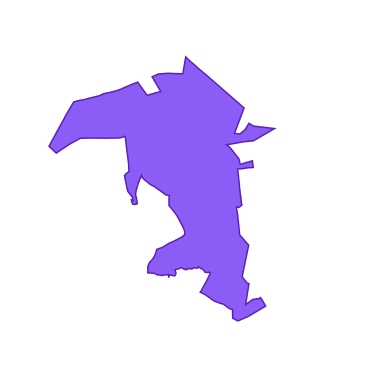 the district of San Andrés Duraznal, Chiapas, Mexico, rotated 151°
{"feature_id": "50627088B44734677505750", "entity_name": "San Andrés Duraznal", "entity_type": "district", "adm_level": 2, "iso_a3": "MEX", "parent_name": "Mexico", "parent_adm1": "Chiapas", "projection": "equal_earth", "projection_center": [-92.796, 17.162], "detail": "fine", "context": "isolated", "style": "filled", "palette": "violet", "viewbox_px": 384, "rotation_deg": 151, "n_neighbors": 0, "source": "geoboundaries", "source_scale": "gbopen_adm2", "svg_char_len": 4273}
<svg xmlns="http://www.w3.org/2000/svg" viewBox="0 0 384 384"><g transform="rotate(151 192 192)"><path d="M241.2,131.2L239.8,131.2L237.9,131.0L236.0,127.7L235.0,127.5L234.2,126.5L233.1,127.0L232.0,126.6L230.5,125.5L229.2,124.7L227.7,124.7L226.6,124.5L225.7,123.8L224.4,122.7L222.4,123.4L221.6,121.1L220.4,119.7L219.6,117.9L219.7,115.8L217.7,114.1L215.5,113.3L215.1,112.5L216.0,111.9L216.0,111.7L216.8,111.1L220.5,108.4L225.7,105.0L228.2,103.5L229.2,102.9L230.1,102.2L233.4,100.3L232.5,99.2L232.0,98.5L230.6,96.3L230.0,95.3L229.4,94.0L228.8,92.9L228.4,92.0L227.8,90.9L227.0,88.8L225.7,86.5L225.0,85.3L221.3,81.0L218.6,78.3L218.1,76.8L216.8,73.9L215.8,71.9L214.3,70.2L213.7,69.9L213.5,69.7L217.3,62.5L217.6,61.7L214.4,57.0L203.3,55.9L182.9,56.5L183.0,63.9L183.4,66.6L185.1,66.3L185.9,66.6L186.9,67.2L188.9,67.7L190.5,68.5L192.8,68.4L199.7,67.5L186.6,84.3L187.9,85.4L189.2,93.6L169.7,116.3L168.2,118.0L168.9,121.2L171.0,131.0L171.0,131.5L165.3,144.9L164.4,147.0L164.0,147.9L163.5,148.9L161.4,154.9L160.9,156.2L160.4,157.3L158.4,155.7L156.8,156.0L154.5,156.5L154.5,157.3L154.2,158.2L152.7,161.7L152.0,163.2L151.6,164.2L151.6,164.4L151.4,165.1L150.6,167.1L150.0,168.7L149.6,169.4L149.3,170.3L148.8,171.5L148.6,172.0L148.0,173.5L147.8,173.9L147.7,174.1L147.4,174.6L140.9,190.0L138.2,188.7L137.0,188.1L136.0,187.7L134.4,187.2L130.0,185.5L129.1,185.0L128.6,184.7L126.5,183.7L126.1,184.9L125.6,186.2L125.2,187.0L124.1,190.1L128.2,190.8L129.1,191.2L135.8,192.6L136.3,192.9L136.5,193.1L136.1,194.2L135.7,195.2L135.6,195.5L135.4,196.6L135.1,197.5L134.9,198.2L134.9,198.5L137.2,212.4L138.8,216.5L122.0,210.7L113.5,207.0L102.5,207.2L89.1,207.5L93.1,210.4L106.1,219.7L108.9,224.5L115.3,220.8L122.2,219.5L126.4,222.7L105.7,240.2L108.0,246.6L122.4,286.3L126.4,296.6L127.7,300.6L128.4,302.6L130.0,306.6L130.7,308.9L132.0,313.2L142.7,299.8L150.9,304.7L155.1,307.3L157.8,308.6L162.5,310.7L164.2,311.5L164.8,311.6L166.8,311.7L169.8,312.0L171.0,312.1L171.0,310.3L170.6,295.0L173.2,295.7L173.9,295.8L174.4,296.0L175.5,296.3L176.6,296.6L177.7,296.7L178.9,297.0L181.1,297.6L182.3,297.8L184.4,298.3L184.7,301.0L185.0,303.6L185.4,307.1L185.6,308.5L185.9,311.3L186.2,314.4L187.0,314.5L188.5,314.7L191.9,315.2L193.9,315.4L195.7,315.6L195.9,315.6L197.2,315.8L197.5,315.8L198.0,315.9L198.3,315.9L200.9,316.2L202.5,316.3L204.5,316.4L209.9,317.4L210.1,317.5L210.4,317.6L211.1,317.7L212.0,318.0L212.6,318.1L213.2,318.3L213.9,318.5L214.9,318.7L216.0,319.0L219.6,320.2L221.5,320.8L221.9,320.9L223.4,320.9L224.1,321.0L226.3,321.1L232.6,322.8L236.3,323.8L241.2,325.0L246.8,326.9L249.5,327.6L251.8,328.1L256.1,325.6L261.0,322.7L262.0,322.1L262.8,321.7L266.2,319.6L267.1,319.0L268.7,317.9L272.1,315.8L274.0,314.6L276.2,313.2L280.5,310.5L281.9,309.6L283.0,308.9L284.2,308.1L285.3,307.4L286.3,306.8L287.4,306.1L288.8,305.2L289.9,304.5L290.9,303.9L292.0,303.2L293.1,302.4L294.1,301.9L294.9,301.3L292.9,295.0L291.8,291.8L285.6,292.4L274.6,293.2L263.5,293.1L259.5,291.0L251.9,286.9L241.7,281.1L231.8,275.8L228.7,274.2L223.5,273.2L225.4,268.3L227.1,264.2L229.0,259.5L229.7,257.6L233.9,247.2L237.2,240.5L240.9,240.0L243.1,239.0L245.6,231.3L245.7,230.8L246.6,227.9L246.9,227.0L247.8,223.7L247.2,219.6L246.7,216.7L247.6,213.2L248.9,214.5L249.5,212.4L249.7,211.0L249.5,209.8L248.0,208.8L245.9,208.2L245.3,208.6L243.7,213.2L243.4,214.3L242.9,216.0L242.9,216.3L242.7,216.8L242.1,217.8L241.3,218.9L240.8,219.6L240.1,220.5L239.4,221.1L238.0,222.4L235.2,225.3L228.2,231.1L228.5,228.7L228.0,226.9L228.0,226.6L227.9,226.4L225.8,221.3L224.9,218.9L224.1,217.7L223.4,216.7L222.0,214.4L221.0,212.2L217.5,204.9L216.6,202.4L216.2,202.1L213.7,199.9L215.8,196.6L216.9,194.5L218.0,192.5L218.7,191.3L218.1,188.2L217.9,187.1L217.3,183.9L216.7,178.8L216.7,175.7L216.7,173.0L216.7,172.6L216.8,169.5L216.9,165.8L216.9,164.9L217.5,161.1L217.6,160.5L219.3,158.2L222.7,157.6L224.2,157.6L227.5,157.7L228.6,157.7L231.8,157.8L233.2,157.9L237.4,158.3L244.5,157.9L250.7,158.9L252.3,157.1L254.4,155.3L257.1,153.3L259.6,152.2L262.9,151.1L264.9,149.9L266.9,148.1L267.9,146.2L269.1,143.9L269.9,142.7L269.5,142.5L264.6,139.3L263.1,137.4L262.6,136.4L259.5,134.3L259.1,133.6L257.2,133.1L252.6,131.1L253.8,128.4L251.8,130.5L248.3,127.3L247.7,127.0L245.5,128.4L244.5,132.1L242.4,131.9L241.2,131.2Z" fill="#8b5cf6" stroke="#5b21b6" stroke-width="1.5"/></g></svg>